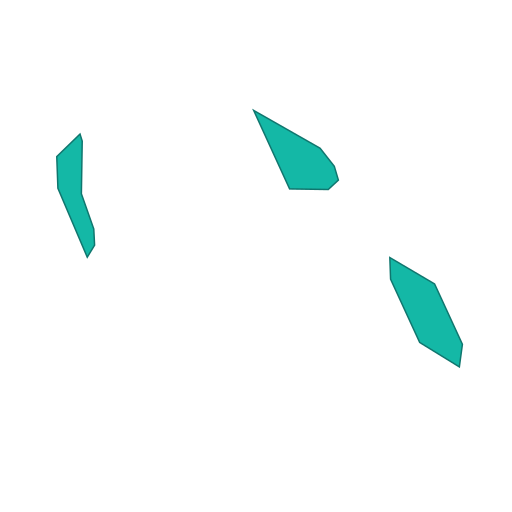 outline of British Virgin Islands, rotated 248°
{"feature_id": "VGB", "entity_name": "British Virgin Islands", "entity_type": "country or territory", "adm_level": 0, "iso_a3": "VGB", "parent_name": "North America", "parent_adm1": "", "projection": "orthographic", "projection_center": [-64.441, 18.576], "detail": "fine", "context": "isolated", "style": "filled", "palette": "teal", "viewbox_px": 512, "rotation_deg": 248, "n_neighbors": 0, "source": "natural_earth", "source_scale": "50m", "svg_char_len": 445}
<svg xmlns="http://www.w3.org/2000/svg" viewBox="0 0 512 512"><g transform="rotate(248 256 256)"><path d="M163.2,411.1L96.8,414.3L77.0,403.0L114.5,375.4L184.1,372.1L204.4,379.5L163.2,411.1ZM331.9,355.8L309.8,362.2L295.5,360.8L290.6,347.9L305.6,312.3L391.8,308.4L331.9,355.8ZM422.8,108.5L435.0,138.5L427.6,137.9L379.1,117.4L341.8,115.7L326.5,110.4L318.1,99.1L393.0,97.7L422.8,108.5Z" fill="#14b8a6" stroke="#0f766e" stroke-width="1.5"/></g></svg>